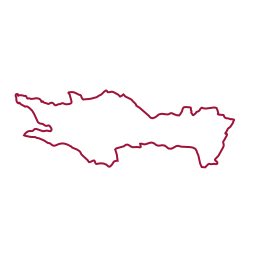 map outline of Sucumbios (orthographic projection), rotated 171°
{"feature_id": "ECU-1411", "entity_name": "Sucumbios", "entity_type": "Province", "adm_level": 1, "iso_a3": "ECU", "parent_name": "Ecuador", "parent_adm1": "", "projection": "orthographic", "projection_center": [-76.613, 0.009], "detail": "fine", "context": "isolated", "style": "outline", "palette": "rose", "viewbox_px": 256, "rotation_deg": 171, "n_neighbors": 0, "source": "natural_earth", "source_scale": "10m", "svg_char_len": 5088}
<svg xmlns="http://www.w3.org/2000/svg" viewBox="0 0 256 256"><g transform="rotate(171 128 128)"><path d="M58.0,77.1L61.3,77.9L62.3,81.7L62.8,89.9L63.5,92.5L63.9,94.8L64.7,96.8L66.8,98.4L69.5,99.4L77.8,101.1L79.3,101.6L80.4,102.2L81.7,102.6L83.3,102.5L87.3,101.0L88.6,100.8L89.7,101.0L91.3,101.5L94.3,104.8L96.6,105.6L99.8,105.7L100.7,105.8L102.0,106.3L102.8,106.8L104.5,108.6L105.9,109.5L107.0,109.9L108.2,110.0L113.6,109.2L114.6,109.3L117.4,110.5L118.5,110.5L118.3,107.4L119.3,107.0L122.0,107.8L125.8,108.2L126.9,108.5L128.2,109.4L130.3,111.3L131.7,111.8L132.9,111.7L134.9,110.6L142.6,109.7L144.0,108.8L143.2,103.6L143.4,97.8L143.4,97.3L144.1,97.5L145.8,97.3L146.6,97.2L147.3,96.9L149.3,94.6L149.7,94.2L150.1,94.0L151.5,92.9L152.4,92.7L153.2,93.0L155.3,95.3L156.9,96.3L158.4,96.9L160.1,97.3L162.0,97.5L163.7,97.4L164.6,97.4L165.2,97.7L165.7,98.5L166.1,100.6L166.5,101.2L168.0,101.2L169.9,100.5L171.7,100.3L172.5,101.5L172.8,102.4L178.0,109.0L178.4,110.0L178.8,111.5L179.6,112.8L181.6,114.6L186.3,117.5L187.0,118.6L190.1,120.9L192.3,122.1L193.6,122.6L195.1,123.0L196.8,123.1L198.6,123.0L202.0,122.2L203.5,122.0L205.0,122.5L206.2,123.6L207.2,124.8L208.0,125.3L209.4,125.7L213.1,129.0L217.6,131.8L219.5,132.4L221.0,133.5L225.4,134.4L230.4,136.2L231.8,137.0L230.9,138.2L229.1,139.5L228.1,140.0L227.1,140.3L225.8,140.4L223.2,140.0L222.5,140.1L220.4,141.5L218.4,141.3L212.9,138.3L211.8,138.1L210.7,138.0L209.4,138.2L208.1,138.0L206.7,137.4L205.3,137.0L204.2,137.4L203.7,138.7L204.1,140.5L204.9,142.0L205.6,142.8L206.3,143.0L208.0,142.8L208.7,143.0L209.7,143.5L211.3,145.1L212.3,145.6L214.0,146.1L215.2,146.9L216.1,148.0L218.6,156.8L220.0,160.2L222.3,163.2L223.7,164.6L224.6,165.1L225.4,165.3L226.4,165.2L226.8,165.5L227.1,165.9L230.2,168.3L230.5,168.6L230.9,169.5L231.2,169.9L231.6,170.0L232.3,169.6L232.7,169.7L233.6,171.1L233.9,172.6L233.6,175.6L233.7,176.3L233.9,176.8L234.0,177.4L233.8,178.1L233.1,178.9L231.9,178.9L231.7,178.8L231.5,178.3L231.7,177.4L231.6,177.2L231.3,177.0L230.9,177.2L230.2,177.3L229.3,177.3L226.6,176.5L225.4,175.9L224.6,175.8L224.1,175.7L223.6,175.2L223.4,174.5L223.2,173.7L222.9,173.1L222.5,172.8L221.2,172.8L220.5,172.6L219.7,172.1L218.8,171.8L215.3,171.7L214.8,171.8L214.1,171.8L211.6,171.0L210.7,170.3L210.2,169.8L209.9,169.3L209.7,168.8L209.5,168.0L209.4,167.5L209.1,167.3L208.3,167.7L208.0,167.7L207.8,167.3L207.6,166.8L207.1,166.4L206.2,165.8L204.5,165.1L203.6,164.5L202.9,164.2L202.1,164.3L201.4,164.6L200.3,164.9L199.3,164.9L198.4,164.5L197.9,163.9L197.2,162.8L196.8,162.3L196.1,161.8L195.5,161.7L194.7,161.9L193.9,162.2L193.0,162.3L191.2,162.3L190.5,162.4L189.7,162.7L189.0,162.8L188.2,162.6L187.2,161.9L186.1,161.3L184.7,161.0L182.2,160.9L180.9,161.2L180.0,161.7L179.7,162.5L179.7,163.8L180.4,170.2L180.8,171.1L181.2,171.6L181.3,172.0L181.2,172.3L180.8,172.5L179.9,172.4L178.1,172.3L176.3,171.9L174.5,170.9L171.3,168.6L169.8,167.9L169.4,167.3L169.0,165.4L168.7,164.4L168.2,163.6L167.8,163.2L160.5,162.7L154.5,163.3L153.7,163.5L152.1,164.3L149.6,165.1L148.9,165.4L145.7,167.7L143.8,168.5L143.0,167.8L142.5,166.6L141.2,166.3L138.1,166.4L136.7,165.7L132.6,162.6L130.9,160.3L129.1,160.8L127.3,161.9L126.4,160.7L126.1,160.1L125.4,159.3L121.0,156.2L120.1,155.4L119.7,154.8L119.5,154.4L118.7,153.2L118.0,152.4L116.6,150.3L116.4,149.8L116.4,149.1L116.3,148.8L115.9,148.4L113.5,146.3L105.5,136.8L104.8,135.5L104.2,134.8L103.1,134.1L102.1,133.8L100.0,134.2L98.8,134.6L97.7,135.2L96.8,135.8L95.7,136.4L94.0,136.7L92.1,136.7L87.7,135.4L86.3,135.2L85.0,135.4L84.2,135.8L83.3,135.9L82.4,135.8L80.1,134.2L78.0,133.1L76.7,132.7L75.6,132.4L74.4,133.3L72.4,135.6L71.8,136.6L71.0,138.3L70.5,139.0L70.0,139.4L69.5,139.7L68.6,139.7L67.3,139.6L63.6,138.7L63.0,138.4L62.8,138.0L62.8,137.5L62.9,136.9L63.0,136.5L63.1,136.0L63.0,135.7L62.7,135.0L62.7,134.6L62.8,134.2L63.0,133.8L63.1,133.4L63.1,133.1L62.8,132.7L62.5,132.1L62.3,131.3L62.0,130.7L61.5,130.5L60.6,130.9L59.5,131.6L59.1,131.8L58.8,132.0L58.6,132.3L58.3,132.7L57.8,133.1L57.1,133.3L55.7,133.5L54.8,134.1L53.2,135.8L52.3,136.4L51.8,136.5L51.0,136.0L50.0,135.5L47.8,135.0L40.0,134.8L38.6,134.5L37.5,133.9L37.0,132.3L36.6,129.7L36.5,129.0L36.6,128.6L36.8,128.4L36.9,128.1L37.0,128.0L37.0,127.8L37.0,127.6L36.2,127.0L32.8,126.2L31.8,125.9L31.5,125.6L31.4,125.4L31.4,125.2L31.2,124.4L31.0,123.7L30.7,123.3L30.4,122.9L29.2,122.2L28.9,122.1L28.5,122.0L28.2,122.0L27.1,121.6L25.0,120.5L24.9,120.5L24.5,120.6L24.4,120.6L23.4,120.2L22.5,119.9L22.2,119.8L22.1,119.7L22.0,119.4L24.0,116.1L26.7,113.2L27.9,112.5L28.2,112.4L28.6,112.2L29.0,112.0L29.2,111.8L29.6,111.4L31.1,109.3L32.1,108.2L32.3,108.0L32.6,107.7L32.7,107.4L32.5,107.1L32.3,107.0L32.1,106.9L31.9,106.9L31.7,106.9L31.4,106.7L31.3,106.4L31.3,105.8L31.8,104.9L34.3,101.7L36.0,99.7L36.3,98.8L36.1,97.7L36.1,97.0L36.2,95.7L36.6,94.8L37.3,93.7L42.7,86.8L43.3,86.2L46.2,84.0L46.8,83.5L47.1,83.0L47.0,82.7L46.9,82.4L46.7,82.0L46.3,81.6L45.5,80.9L45.3,80.5L45.2,80.0L45.3,79.2L45.5,78.8L45.8,78.6L46.2,78.5L46.6,78.6L47.3,78.7L48.5,79.1L49.2,79.2L51.3,79.2L51.8,79.3L53.3,79.9L54.6,79.6L57.4,77.5L57.7,77.1L58.0,77.1Z" fill="none" stroke="#9f1239" stroke-width="2"/></g></svg>